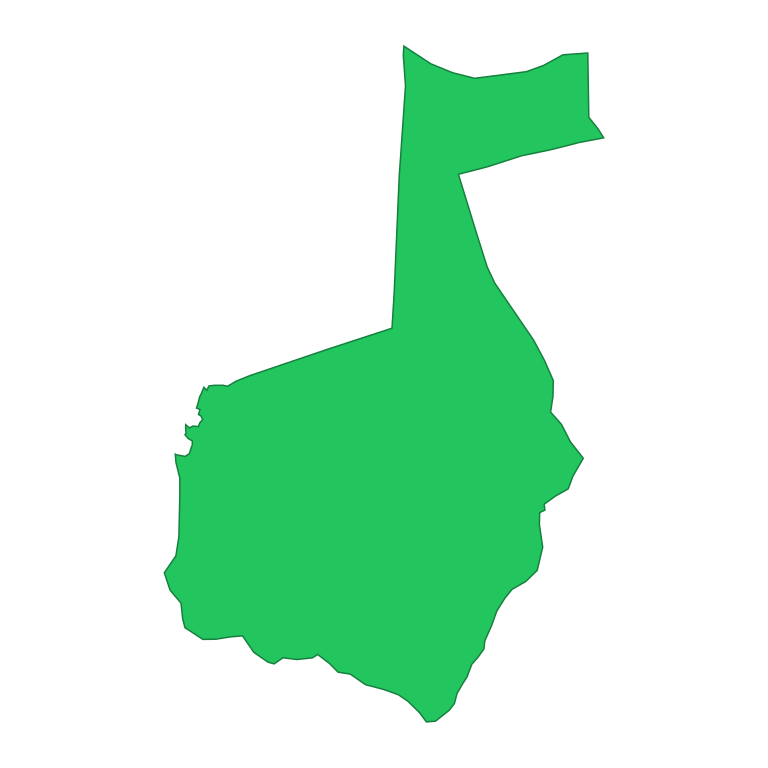 Moniatis, Limassol, Cyprus
{"feature_id": "46923920B35123648291300", "entity_name": "Moniatis", "entity_type": "district", "adm_level": 2, "iso_a3": "CYP", "parent_name": "Cyprus", "parent_adm1": "Limassol", "projection": "robinson", "projection_center": [32.9, 34.886], "detail": "fine", "context": "isolated", "style": "filled", "palette": "green", "viewbox_px": 768, "rotation_deg": 0, "n_neighbors": 0, "source": "geoboundaries", "source_scale": "gbopen_adm2", "svg_char_len": 1622}
<svg xmlns="http://www.w3.org/2000/svg" viewBox="0 0 768 768"><path d="M175.3,454.2L175.9,462.2L179.8,478.1L179.8,497.0L179.2,521.6L178.9,536.6L175.9,555.8L164.3,572.8L170.1,590.2L181.0,603.1L182.7,619.0L185.0,627.7L202.9,639.4L216.1,639.2L230.0,636.9L242.5,635.9L253.9,652.4L268.1,662.2L274.1,663.9L283.0,657.8L289.5,658.6L297.0,659.5L311.0,658.0L312.5,657.8L317.7,654.5L329.4,663.4L338.1,672.2L350.3,674.1L365.5,684.7L375.2,687.2L383.7,689.5L398.3,694.7L407.6,701.0L419.4,712.5L423.3,717.8L426.4,721.9L435.5,721.2L449.3,710.2L454.4,703.5L457.1,693.3L462.7,683.7L467.0,677.0L471.8,664.3L478.1,657.1L483.9,649.0L484.8,640.9L491.2,626.5L496.9,610.9L504.8,598.3L512.1,589.3L525.7,581.5L537.2,570.4L542.7,547.1L539.4,524.6L539.7,512.6L544.9,510.1L544.2,504.2L555.4,496.1L568.2,488.9L573.0,476.0L583.3,458.3L570.6,442.1L561.5,424.4L550.6,412.1L553.0,396.2L553.3,380.6L544.5,360.5L533.6,340.1L494.8,283.2L487.2,267.0L476.3,232.5L458.4,174.3L488.1,166.6L521.4,155.8L551.8,149.5L578.7,142.6L603.7,137.8L598.2,129.1L588.8,117.3L587.8,53.0L562.9,54.8L543.4,65.5L526.2,71.7L474.5,78.3L452.5,72.7L430.8,63.8L403.9,46.1L403.3,55.3L405.5,85.8L399.2,176.8L394.2,292.6L392.0,328.2L328.6,348.9L249.9,375.6L236.9,380.8L227.4,386.3L223.2,385.3L214.3,385.3L209.0,385.9L206.8,390.2L203.9,387.3L201.1,394.1L199.6,397.0L198.4,402.0L196.5,408.1L200.0,409.5L198.5,414.5L201.0,416.0L202.7,419.6L199.9,422.6L198.3,426.6L193.0,426.0L189.4,427.9L185.7,424.7L185.6,428.0L186.1,433.0L185.0,434.7L188.1,438.5L192.3,440.9L192.3,444.8L191.0,448.3L189.4,453.6L185.1,456.4L176.1,454.7L175.3,454.2Z" fill="#22c55e" stroke="#15803d" stroke-width="1.5"/></svg>